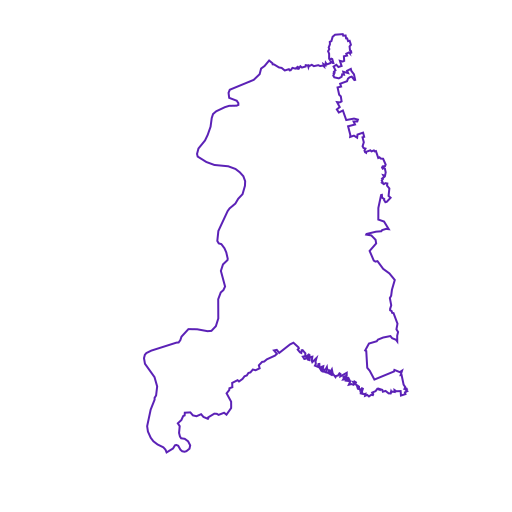 outline of Brahamanbaria, Chittagong, Bangladesh, rotated 340°
{"feature_id": "16705992B2831557138260", "entity_name": "Brahamanbaria", "entity_type": "district", "adm_level": 2, "iso_a3": "BGD", "parent_name": "Bangladesh", "parent_adm1": "Chittagong", "projection": "orthographic", "projection_center": [91.088, 23.957], "detail": "fine", "context": "isolated", "style": "outline", "palette": "violet", "viewbox_px": 512, "rotation_deg": 340, "n_neighbors": 0, "source": "geoboundaries", "source_scale": "gbopen_adm2", "svg_char_len": 6090}
<svg xmlns="http://www.w3.org/2000/svg" viewBox="0 0 512 512"><g transform="rotate(340 256 256)"><path d="M404.2,232.8L402.5,231.8L400.7,232.2L399.5,230.4L400.2,230.3L400.0,228.0L401.5,227.1L401.1,226.3L403.5,225.6L403.2,223.6L404.7,224.7L406.5,221.7L407.0,218.0L406.2,217.0L405.0,217.3L404.7,216.0L405.7,215.1L408.0,215.7L409.1,214.4L408.7,208.1L406.5,207.1L405.8,205.5L404.4,205.7L404.6,198.4L403.3,198.3L402.9,197.1L400.3,197.2L399.6,195.8L395.0,195.8L394.7,196.6L394.0,195.8L394.0,194.0L395.6,192.5L394.0,191.3L393.7,189.3L396.2,186.0L396.7,180.9L398.4,181.0L398.8,176.7L392.9,176.6L391.5,179.4L389.2,176.4L385.2,176.3L386.0,174.7L386.9,165.6L394.0,166.3L393.7,163.0L397.2,164.2L398.4,162.7L395.1,160.4L387.3,159.1L387.4,149.0L382.9,149.5L382.1,145.9L385.6,144.7L384.8,139.1L387.2,140.3L389.3,140.0L390.3,135.0L389.3,132.9L390.3,125.5L393.9,125.9L394.0,122.9L401.3,122.9L403.1,120.8L405.1,120.1L407.3,120.2L408.6,124.3L409.4,124.4L410.2,118.8L408.9,114.6L409.1,112.6L404.9,113.1L405.1,115.6L401.0,112.7L400.7,115.7L399.1,114.8L397.7,116.9L394.6,117.4L390.7,114.9L390.3,112.9L391.4,111.9L391.4,110.9L392.5,110.7L392.3,109.5L394.2,108.7L393.7,104.5L396.9,103.8L398.1,106.6L401.4,106.7L401.6,101.3L403.9,102.9L405.6,102.8L406.9,98.4L410.1,98.8L410.0,96.8L412.9,96.5L413.3,97.4L413.4,96.3L413.9,97.6L415.1,97.5L415.4,96.0L414.7,94.8L415.6,91.1L417.4,90.0L417.6,85.8L416.0,85.6L416.1,82.7L415.1,82.3L415.6,79.4L413.3,78.8L413.4,77.2L406.0,75.1L403.0,76.2L400.3,79.9L398.6,80.0L397.9,82.3L395.6,85.0L395.7,86.6L393.8,88.2L393.9,90.9L392.2,95.6L392.5,96.9L394.2,96.3L395.0,97.0L394.7,101.1L393.9,100.7L394.1,99.7L392.7,99.0L391.7,100.2L388.1,100.2L387.6,98.4L386.5,100.7L385.0,98.7L384.7,101.1L384.1,100.0L381.2,99.4L379.8,98.0L375.3,97.4L373.8,95.4L371.6,95.7L370.9,95.0L369.9,96.4L370.0,94.7L368.0,93.7L367.4,94.9L363.6,94.6L362.6,92.9L360.1,94.7L359.3,94.3L360.4,93.3L359.9,92.5L357.1,93.4L354.6,91.7L352.1,93.3L351.1,93.1L350.8,91.7L346.5,91.5L344.4,88.0L342.1,86.7L338.5,82.2L337.2,81.6L337.4,80.5L335.2,76.8L329.0,80.4L324.9,81.6L321.6,86.4L314.1,89.7L288.2,90.8L286.0,93.3L284.9,98.2L291.0,103.5L291.7,106.3L291.1,108.0L289.2,108.1L282.1,105.7L277.7,105.5L268.1,106.4L264.2,107.9L261.6,111.2L257.5,119.0L252.0,125.7L247.6,130.0L238.7,135.3L235.5,139.9L235.2,142.6L241.5,150.7L248.0,156.2L260.6,162.2L266.5,167.2L269.4,171.8L271.4,176.7L271.4,182.0L269.6,186.3L264.5,193.3L258.9,196.1L254.5,199.7L247.5,202.2L244.7,204.1L229.2,219.6L224.8,228.6L225.3,231.4L227.5,233.0L229.0,237.9L229.3,242.4L228.5,248.9L227.8,250.1L222.1,252.6L217.9,258.0L216.5,274.1L213.7,276.9L210.4,278.2L205.7,283.7L199.2,301.8L194.3,308.2L188.5,311.1L184.8,310.1L175.6,304.7L167.5,301.6L158.4,306.3L156.1,309.2L153.7,310.8L151.6,310.2L125.3,309.1L119.8,309.7L117.8,310.8L115.8,313.7L114.8,319.3L119.2,335.1L118.5,344.8L114.4,352.9L112.2,354.6L111.6,356.3L104.5,364.3L95.5,378.7L94.4,384.0L94.9,390.8L96.2,395.0L99.0,399.4L103.5,404.1L104.7,407.0L104.8,410.0L112.2,408.5L115.1,406.2L116.5,406.3L118.0,407.7L118.7,412.1L119.8,414.2L121.9,415.5L123.9,415.6L127.6,414.3L129.4,411.4L128.8,406.9L126.5,403.4L123.3,401.7L122.8,399.6L123.2,395.9L126.1,389.8L125.3,386.5L129.8,384.6L132.8,381.5L134.4,381.4L135.5,378.9L140.8,380.5L142.2,384.2L145.3,386.2L150.3,385.9L151.6,389.3L155.7,393.1L155.2,391.7L155.8,391.3L162.9,389.9L165.2,390.9L166.5,392.5L172.4,392.4L174.0,395.0L180.6,390.4L181.2,388.9L182.8,384.4L181.4,375.0L185.0,372.8L185.8,371.2L188.9,371.2L190.2,367.1L196.2,366.4L197.1,368.1L201.3,366.9L204.1,365.1L206.5,365.1L208.9,363.3L210.9,363.5L214.2,361.6L216.5,363.2L221.0,362.8L221.3,359.7L225.5,357.6L227.5,358.0L230.9,356.8L239.8,356.1L242.2,355.1L240.6,350.9L243.4,351.3L244.7,355.0L257.8,350.7L261.5,350.3L264.7,356.4L264.7,357.4L263.2,358.2L264.4,361.6L265.4,362.6L266.7,360.2L267.6,360.4L269.1,364.3L268.1,366.9L265.6,366.6L266.2,369.3L267.7,369.5L269.5,367.5L271.9,366.6L272.4,367.5L269.6,369.9L269.3,371.1L270.6,372.1L272.1,369.6L274.5,369.9L272.6,373.4L272.6,375.0L277.9,372.6L275.9,375.4L275.3,377.9L273.9,379.2L276.2,381.3L277.7,378.9L278.6,379.1L277.5,382.8L277.9,384.7L279.6,382.6L281.5,382.6L280.0,385.2L278.3,386.1L278.9,387.2L280.6,388.1L281.2,386.2L282.8,386.2L284.6,384.6L284.1,386.7L282.0,389.3L285.0,391.3L285.8,390.3L285.1,389.1L285.6,388.3L286.9,389.9L288.5,388.5L288.0,391.9L285.3,392.3L286.7,393.9L288.1,393.4L289.3,397.0L290.2,396.1L292.1,396.4L294.3,394.8L295.0,395.7L294.0,398.0L301.3,396.8L300.3,399.4L296.8,399.7L296.7,401.0L295.6,401.9L297.4,402.3L298.7,400.5L300.7,402.1L300.2,403.2L298.3,402.9L297.7,403.8L300.4,405.2L301.3,403.7L301.6,406.2L299.2,408.7L301.9,409.0L303.6,410.4L304.8,409.7L304.3,407.8L305.3,408.5L305.7,407.7L306.7,409.0L305.4,410.4L306.5,411.8L306.3,416.3L307.7,413.4L308.1,414.0L307.3,416.3L308.3,417.0L308.0,418.1L308.9,418.2L308.9,417.3L310.3,416.5L311.0,417.3L309.2,419.6L309.1,420.9L307.7,420.2L307.4,420.9L310.0,422.7L311.8,422.9L310.7,424.7L313.0,424.6L314.1,426.6L316.9,425.8L318.2,426.7L318.9,425.9L318.5,424.1L322.1,423.9L324.4,422.4L326.2,423.8L326.2,422.9L328.9,425.0L328.8,426.9L331.6,427.1L333.7,430.5L335.5,431.2L336.7,429.4L336.8,430.4L337.6,430.0L339.8,431.2L340.3,429.3L341.6,431.1L345.7,432.4L344.5,436.7L349.2,436.9L349.3,435.1L351.9,434.7L350.8,432.6L352.2,432.6L352.1,432.0L350.2,431.5L351.4,430.1L350.7,427.4L352.1,417.6L351.2,417.4L354.0,413.7L351.4,414.3L347.1,410.4L346.2,411.7L325.0,412.6L323.6,402.7L322.3,399.1L327.1,383.0L326.3,382.1L332.2,376.9L340.3,377.4L342.0,376.3L347.6,376.1L354.9,377.2L355.8,379.8L358.9,382.6L359.5,384.6L361.4,379.2L363.5,376.0L362.9,372.9L365.8,368.0L365.7,356.7L364.5,356.0L364.6,354.1L363.5,352.9L363.9,351.6L366.2,348.6L367.4,341.3L369.4,339.6L372.2,334.2L378.2,326.0L375.4,318.0L371.1,311.6L368.4,302.4L366.3,302.1L365.1,300.6L364.5,290.1L373.2,285.3L373.9,281.7L371.4,276.1L366.9,273.6L367.4,273.1L377.1,274.2L382.2,275.6L383.4,274.8L387.5,275.0L389.9,276.2L388.1,267.4L383.4,263.6L387.4,252.7L394.4,241.5L395.2,241.6L394.4,244.3L396.0,246.3L395.5,247.2L396.0,249.7L397.4,249.8L402.4,247.3L401.1,244.9L404.4,238.2L403.2,234.7L404.2,232.8Z" fill="none" stroke="#5b21b6" stroke-width="2"/></g></svg>